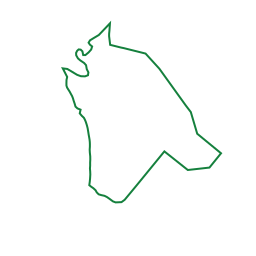 outline of Porto do Mangue, Rio Grande do Norte, Brazil, rotated 219°
{"feature_id": "56859067B16993578241880", "entity_name": "Porto do Mangue", "entity_type": "district", "adm_level": 2, "iso_a3": "BRA", "parent_name": "Brazil", "parent_adm1": "Rio Grande do Norte", "projection": "albers", "projection_center": [-36.799, -5.074], "detail": "fine", "context": "isolated", "style": "outline", "palette": "green", "viewbox_px": 256, "rotation_deg": 219, "n_neighbors": 0, "source": "geoboundaries", "source_scale": "gbopen_adm2", "svg_char_len": 1365}
<svg xmlns="http://www.w3.org/2000/svg" viewBox="0 0 256 256"><g transform="rotate(219 128 128)"><path d="M85.4,70.1L85.2,88.2L85.0,132.7L55.1,133.0L46.8,141.4L39.8,148.5L39.8,154.9L39.8,166.9L70.6,167.1L89.2,179.9L97.4,181.9L140.9,193.8L161.2,196.9L169.8,192.9L181.6,187.4L184.1,186.1L194.2,181.4L200.5,187.5L202.0,189.4L203.7,192.0L207.9,198.0L209.2,181.9L211.3,176.2L212.7,172.2L212.3,169.5L210.0,168.8L207.2,168.8L206.0,165.8L206.2,161.9L207.0,157.9L208.7,156.5L211.7,158.9L214.1,159.1L215.8,158.0L216.1,156.0L215.6,153.7L214.0,151.9L210.7,150.6L207.7,150.5L203.0,150.9L200.1,150.4L197.1,147.8L193.8,146.3L192.3,143.8L193.9,141.1L197.2,138.6L201.0,137.3L212.3,135.7L216.2,133.3L207.4,129.4L206.0,126.6L204.0,124.0L202.5,122.2L200.8,121.1L198.8,120.4L196.1,119.5L193.5,118.4L191.5,117.6L189.4,116.4L187.4,115.0L184.7,113.3L182.3,111.6L179.6,111.4L176.4,112.4L174.7,109.0L171.6,108.4L168.8,108.2L166.9,107.4L165.0,106.4L162.8,105.0L161.2,103.9L159.2,102.4L156.6,100.1L154.4,98.1L152.3,96.3L150.6,94.8L148.9,93.1L147.4,91.4L145.8,89.4L144.1,87.0L142.2,84.9L139.5,82.2L137.5,79.8L135.6,77.2L133.7,74.9L132.1,72.6L130.0,70.4L128.0,68.1L125.7,64.9L123.9,62.2L122.1,59.2L119.7,59.2L117.0,59.4L114.0,59.2L111.8,58.3L109.1,58.0L106.6,59.0L103.6,60.5L100.9,61.1L98.1,61.3L93.5,61.5L90.8,62.4L86.4,66.3L85.4,70.1Z" fill="none" stroke="#15803d" stroke-width="2"/></g></svg>